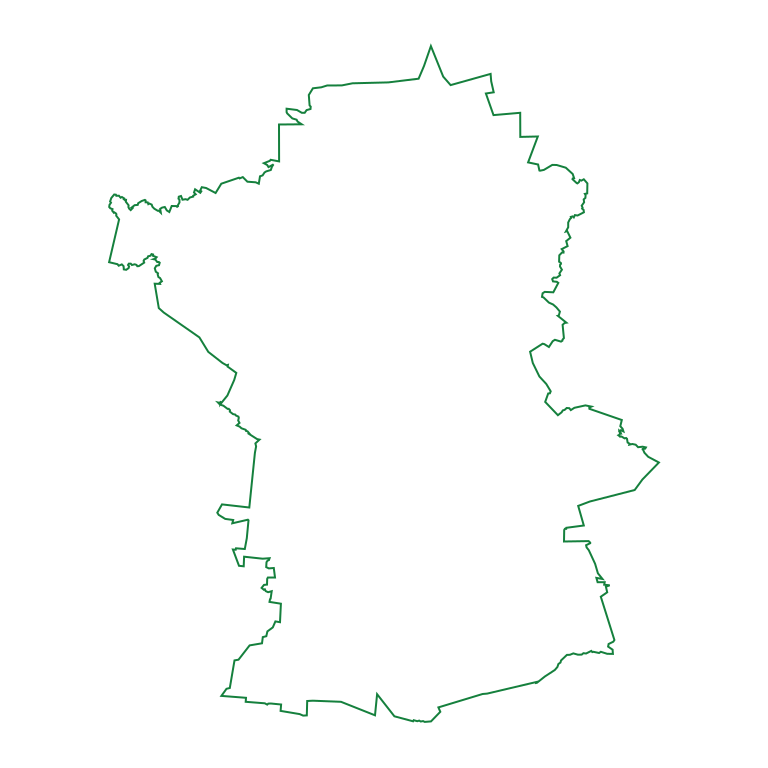 Guanajuato, Guanajuato, Mexico (Robinson projection)
{"feature_id": "50627088B24984367263380", "entity_name": "Guanajuato", "entity_type": "district", "adm_level": 2, "iso_a3": "MEX", "parent_name": "Mexico", "parent_adm1": "Guanajuato", "projection": "robinson", "projection_center": [-101.294, 21.026], "detail": "fine", "context": "isolated", "style": "outline", "palette": "green", "viewbox_px": 768, "rotation_deg": 0, "n_neighbors": 0, "source": "geoboundaries", "source_scale": "gbopen_adm2", "svg_char_len": 6051}
<svg xmlns="http://www.w3.org/2000/svg" viewBox="0 0 768 768"><path d="M181.0,196.0L178.8,196.7L178.5,198.7L179.4,199.5L179.5,202.4L177.8,205.4L178.0,206.2L177.1,206.8L176.3,206.1L171.7,206.0L169.3,212.0L166.8,210.4L164.8,207.0L162.1,207.6L160.2,208.8L160.8,212.7L158.7,210.6L157.8,210.8L154.3,208.7L152.4,206.7L151.7,204.6L149.2,203.5L148.3,204.1L147.7,202.4L145.6,202.3L145.6,200.4L144.9,199.9L141.7,201.0L138.2,203.2L137.7,204.9L134.6,205.2L131.6,207.6L132.6,208.1L130.7,210.1L129.1,208.6L128.4,207.0L128.6,205.3L125.8,201.7L126.0,200.0L125.1,200.2L123.8,199.2L124.3,198.5L121.9,197.0L120.6,197.7L118.9,195.7L116.3,195.8L115.9,194.7L114.2,194.5L111.3,198.0L110.1,201.5L111.0,202.7L109.5,204.8L109.2,207.0L110.3,208.3L112.5,209.1L112.2,210.7L113.8,212.7L114.2,212.3L115.8,213.3L116.4,214.2L116.2,215.7L119.1,219.4L109.1,262.2L117.5,264.2L118.7,265.7L121.8,264.4L123.6,266.2L123.8,269.4L126.2,269.8L128.6,268.1L129.1,266.4L128.0,265.0L128.8,263.7L130.8,263.7L131.9,265.0L134.7,264.3L136.5,264.9L137.3,266.2L138.9,266.1L144.2,262.6L143.6,260.9L144.3,259.5L147.5,257.9L148.1,256.3L150.5,255.7L151.5,254.1L153.1,254.5L153.0,255.8L156.6,257.2L155.4,258.6L153.6,259.2L155.4,259.6L157.2,262.0L158.8,262.0L159.7,262.7L159.0,265.2L156.3,265.8L154.8,268.3L155.8,271.7L158.0,273.3L157.7,274.5L158.4,277.0L160.1,278.1L161.9,281.3L159.7,282.8L160.1,283.9L154.7,283.7L158.8,308.1L163.7,312.5L199.4,337.4L208.3,351.9L222.4,362.9L226.6,365.3L227.9,364.9L227.6,366.6L236.3,372.9L234.2,380.0L227.4,395.5L220.5,404.0L220.9,401.3L219.8,402.9L218.0,402.5L220.0,404.6L223.4,405.7L227.6,408.9L228.7,408.8L230.0,410.2L229.8,411.6L233.0,414.1L235.3,414.6L235.9,415.5L238.4,416.6L238.8,417.8L238.2,420.5L239.5,422.9L236.7,425.4L239.6,426.6L241.5,428.3L245.7,429.8L246.0,430.9L247.5,431.3L249.8,434.0L249.3,434.1L257.1,439.1L259.5,439.6L255.4,443.4L256.1,446.4L254.9,452.9L249.3,507.5L222.0,504.4L217.3,512.7L218.7,514.9L225.2,518.9L233.2,520.0L232.3,523.3L247.9,519.7L248.5,520.3L246.8,538.2L244.8,549.0L236.0,548.3L235.7,549.7L232.9,549.5L239.0,565.8L243.7,566.3L244.1,556.7L262.6,558.7L269.6,558.2L268.9,560.1L267.5,560.7L266.5,562.2L266.2,567.1L268.8,568.4L273.8,568.0L275.0,577.5L267.9,577.5L267.2,578.8L267.0,584.6L264.0,584.9L261.6,587.9L263.9,589.8L264.8,589.3L265.7,591.1L268.1,592.2L271.7,591.2L270.6,598.7L270.0,599.2L269.5,601.9L280.9,603.7L280.0,622.2L275.4,621.4L272.8,627.4L267.4,631.4L266.3,636.2L262.8,637.1L262.0,643.3L249.6,645.4L238.5,659.7L234.5,660.4L229.8,688.0L226.5,688.8L221.4,695.9L246.0,697.8L245.7,701.8L264.8,703.3L267.2,704.6L268.3,703.6L270.8,703.5L281.1,704.5L280.6,710.9L299.7,714.1L303.1,715.6L306.8,715.4L307.2,701.0L312.9,700.7L341.0,701.8L375.0,715.3L377.1,694.2L394.4,716.3L413.1,721.3L413.7,720.2L417.3,721.2L419.2,720.6L420.7,721.5L423.1,721.1L424.7,721.9L431.0,721.4L440.3,711.8L438.4,707.4L482.6,694.0L487.2,693.6L536.8,681.9L536.4,682.9L536.9,682.8L545.0,676.4L554.8,670.0L557.4,667.0L558.4,664.0L560.5,662.5L561.0,660.5L566.9,654.9L569.9,654.8L573.3,653.4L578.0,654.7L581.7,654.6L583.4,653.2L586.1,653.5L591.3,650.9L592.3,652.1L593.4,651.8L599.1,653.0L600.8,651.8L607.2,653.8L612.9,653.9L612.6,649.7L608.1,646.6L608.6,644.0L613.3,641.7L614.4,640.0L600.8,596.7L607.2,592.3L605.9,586.7L609.7,585.3L604.2,584.7L604.7,582.2L597.6,582.2L596.4,577.9L602.5,579.0L597.9,573.3L595.1,563.8L588.8,550.2L586.6,547.4L586.1,545.2L590.2,543.2L590.2,542.6L588.6,541.1L564.0,541.5L564.2,530.0L564.9,528.8L566.2,528.8L566.3,527.8L583.8,525.5L578.2,505.9L589.9,501.5L634.7,490.0L642.4,479.5L658.9,462.5L648.2,456.8L644.4,452.7L643.0,449.5L641.9,449.1L645.2,448.6L645.9,447.4L642.6,446.7L638.1,447.2L635.7,444.7L632.3,444.0L629.3,444.7L629.6,443.7L627.6,442.5L627.0,438.8L626.1,438.0L624.6,438.4L621.5,436.5L619.3,436.8L620.0,436.5L618.4,435.3L619.7,434.6L619.9,433.2L620.9,433.4L620.5,432.3L619.2,431.5L619.2,430.7L619.6,431.1L620.9,430.2L623.4,431.4L622.6,428.8L620.3,426.2L621.8,420.0L589.4,408.8L589.3,407.6L591.4,406.6L585.4,405.4L574.4,407.8L570.8,410.1L569.3,408.2L566.7,408.0L564.6,409.9L562.8,410.4L561.6,412.3L557.9,415.2L545.2,401.9L548.2,393.5L549.9,393.3L550.7,391.3L546.3,384.0L539.4,376.5L532.8,363.0L530.1,351.7L542.6,343.7L544.3,344.1L548.9,347.0L552.7,341.2L554.9,339.8L561.0,341.6L562.4,340.7L562.5,339.7L563.9,338.1L562.6,324.8L564.6,323.0L566.4,322.7L557.8,315.8L558.8,315.5L559.9,311.6L556.4,307.4L553.1,304.5L548.9,302.6L543.5,297.4L542.0,296.9L542.6,293.3L544.7,291.9L553.3,292.3L558.3,282.9L556.8,281.8L553.0,281.4L552.2,279.1L553.6,277.6L556.6,277.7L560.1,275.2L559.4,273.4L561.9,269.7L560.0,266.5L560.1,264.8L561.0,263.8L560.8,262.9L559.1,261.7L559.3,255.3L562.0,252.5L563.5,252.6L563.6,251.5L561.7,249.1L567.6,246.1L566.2,241.1L570.4,237.7L567.2,231.1L565.9,231.5L568.2,227.3L568.2,222.5L569.9,219.1L571.1,218.0L570.8,216.9L572.6,216.4L573.8,217.4L574.9,215.1L577.6,215.5L583.9,212.3L583.6,209.9L582.1,208.6L582.6,207.7L581.7,205.7L584.1,202.3L583.7,199.4L585.4,197.9L585.6,195.1L584.9,193.9L587.2,193.4L587.4,183.4L583.8,179.3L581.4,180.6L579.8,180.0L578.9,182.2L577.4,183.4L576.7,183.1L572.5,179.2L572.7,178.5L574.1,178.2L572.7,174.0L565.8,167.7L556.7,165.0L552.3,164.9L543.9,169.9L540.0,170.7L539.4,170.5L538.1,164.5L528.1,162.4L537.8,136.5L520.3,136.9L520.2,112.8L493.5,115.1L485.9,93.5L493.7,92.3L491.2,81.3L490.6,73.9L450.6,85.1L443.2,76.6L430.9,46.1L424.0,66.0L418.6,78.7L388.3,82.4L352.5,83.3L341.9,85.4L327.1,85.5L321.3,87.3L312.9,88.3L308.8,95.0L309.6,105.4L310.7,106.6L310.5,109.0L306.6,110.1L304.7,112.8L301.8,112.8L297.0,110.0L286.6,108.7L286.6,112.2L287.2,113.4L292.3,118.4L296.6,119.7L297.6,121.6L301.7,124.3L279.0,124.5L279.1,161.4L270.6,159.8L269.9,160.8L263.9,163.2L267.2,165.0L268.5,167.1L273.5,164.4L272.0,166.6L270.8,170.0L266.2,171.4L264.5,172.5L262.6,175.4L260.0,176.3L258.8,183.7L255.7,182.3L247.4,181.7L242.8,177.1L239.6,178.4L238.9,177.7L221.3,183.7L215.6,193.0L206.1,188.0L201.8,187.2L200.2,190.5L201.3,191.3L200.3,192.8L195.1,189.3L194.0,192.5L195.7,194.3L193.2,195.7L193.2,196.6L189.9,197.5L187.6,199.8L185.6,199.2L182.5,199.7L181.0,196.0Z" fill="none" stroke="#15803d" stroke-width="2"/></svg>